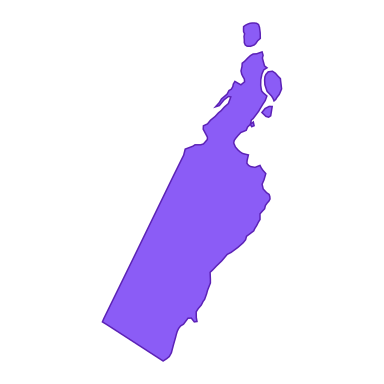 the district of Luís Domingues, Maranhão, Brazil
{"feature_id": "56859067B19920779215846", "entity_name": "Luís Domingues", "entity_type": "district", "adm_level": 2, "iso_a3": "BRA", "parent_name": "Brazil", "parent_adm1": "Maranhão", "projection": "mercator", "projection_center": [-45.834, -1.35], "detail": "fine", "context": "isolated", "style": "filled", "palette": "violet", "viewbox_px": 384, "rotation_deg": 0, "n_neighbors": 0, "source": "geoboundaries", "source_scale": "gbopen_adm2", "svg_char_len": 2583}
<svg xmlns="http://www.w3.org/2000/svg" viewBox="0 0 384 384"><path d="M163.1,361.0L166.7,358.7L169.3,356.5L171.4,352.7L173.4,345.0L175.5,337.6L176.4,334.1L177.3,331.2L178.6,328.5L180.5,326.0L183.5,324.2L188.0,318.2L191.3,318.1L194.3,321.9L197.0,321.5L196.3,317.6L196.2,311.8L198.3,308.5L201.3,305.0L203.1,301.4L204.6,299.4L206.6,293.8L207.5,290.4L210.4,283.0L210.4,279.3L210.1,272.3L212.6,270.0L216.3,266.1L221.7,260.9L224.1,258.1L227.2,254.4L231.1,252.4L237.9,247.4L243.2,242.7L245.6,239.7L246.5,236.3L253.7,230.9L254.7,228.7L256.8,225.3L258.3,222.3L260.0,219.5L260.0,213.8L262.6,210.9L264.6,208.8L265.4,205.5L267.1,203.1L268.9,201.1L270.0,199.0L269.8,196.5L269.1,194.4L266.6,192.7L263.2,189.0L262.1,184.2L264.0,179.8L265.8,173.6L262.9,170.3L261.1,167.7L260.0,165.4L257.7,166.3L255.0,167.4L250.5,166.5L248.6,165.4L246.9,163.3L247.1,160.5L248.4,154.9L245.0,154.1L242.5,153.4L240.4,152.1L238.0,150.0L235.4,147.0L233.7,143.0L234.2,140.5L235.7,138.3L238.0,135.5L240.8,132.5L243.6,131.4L246.2,130.3L247.6,127.0L250.3,124.4L251.4,120.0L253.1,118.6L255.4,115.6L258.7,111.2L260.1,108.7L262.7,104.4L265.2,100.6L266.9,96.0L263.4,93.0L261.7,91.1L261.2,88.9L260.7,85.3L260.8,79.7L261.9,74.1L263.7,69.9L267.0,67.8L264.5,65.9L263.9,63.7L263.2,61.2L262.4,58.0L263.1,55.3L262.1,51.9L258.9,53.0L256.7,53.8L253.1,54.0L250.4,55.6L247.8,58.0L244.6,61.3L242.2,63.2L242.0,66.4L241.0,70.9L241.7,74.1L242.9,76.6L244.3,78.9L244.6,81.8L240.9,84.8L238.3,83.4L234.9,81.4L233.3,84.1L232.8,86.6L231.3,89.2L229.0,90.5L227.1,94.1L221.5,98.9L219.2,102.7L215.5,106.8L219.3,105.6L224.1,99.8L228.4,96.5L230.8,96.9L228.4,103.5L224.4,107.0L221.1,110.7L218.5,112.8L215.1,116.5L210.5,120.2L207.5,123.9L203.4,125.8L203.2,129.2L207.4,137.1L207.4,139.4L203.5,143.9L200.7,144.8L195.0,144.8L192.9,146.2L185.2,149.1L183.7,155.1L173.8,175.1L133.8,257.3L103.8,318.6L102.4,321.9L107.0,324.7L163.1,361.0ZM280.4,78.6L277.7,75.9L275.4,73.2L272.4,71.2L268.2,71.8L265.9,74.4L264.9,76.8L264.6,80.1L264.9,84.8L265.9,87.9L267.1,91.4L271.5,96.0L273.1,98.6L274.0,100.9L275.7,99.5L276.8,97.6L279.2,94.5L280.1,92.5L281.6,88.9L280.7,81.5L280.4,78.6ZM254.1,45.0L255.7,43.6L257.6,40.8L260.3,38.4L260.2,33.0L259.8,29.8L259.5,27.4L258.5,24.5L256.6,23.3L254.4,23.0L252.2,23.0L249.9,23.3L247.7,24.1L245.5,25.2L243.6,26.6L243.5,29.1L243.6,31.8L244.6,33.7L244.0,36.5L244.3,39.8L244.3,42.7L245.3,45.0L247.1,46.2L250.5,46.3L254.1,45.0ZM272.2,106.5L269.2,106.4L265.1,108.5L261.9,112.5L265.9,116.4L268.6,117.2L270.7,115.8L272.2,106.5ZM250.3,124.4L251.7,126.7L254.1,125.7L253.3,122.0L250.3,124.4Z" fill="#8b5cf6" stroke="#5b21b6" stroke-width="1.5"/></svg>